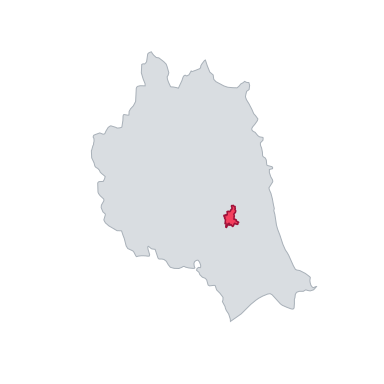 Kletsk, Minsk, Belarus (highlighted), rotated 249°
{"feature_id": "67162791B94687657655016", "entity_name": "Kletsk", "entity_type": "district", "adm_level": 2, "iso_a3": "BLR", "parent_name": "Belarus", "parent_adm1": "Minsk", "projection": "equal_earth", "projection_center": [26.695, 52.952], "detail": "fine", "context": "in_parent", "style": "filled", "palette": "rose", "viewbox_px": 384, "rotation_deg": 249, "n_neighbors": 0, "source": "geoboundaries", "source_scale": "gbopen_adm2", "svg_char_len": 6822}
<svg xmlns="http://www.w3.org/2000/svg" viewBox="0 0 384 384"><g transform="rotate(249 192 192)"><path d="M310.4,251.8L304.6,251.5L297.6,251.6L293.7,253.7L289.4,252.7L286.4,253.9L279.6,259.8L277.0,262.9L274.6,267.8L273.1,271.4L274.0,273.9L275.4,276.3L275.7,278.8L276.4,280.8L274.7,282.3L273.8,284.3L270.8,284.0L267.2,282.0L266.4,279.1L263.6,277.1L261.7,276.0L258.7,275.9L253.9,276.8L247.7,277.5L243.0,277.7L240.4,278.7L236.6,279.7L235.1,278.5L232.9,275.3L231.1,272.0L229.9,270.6L228.9,270.2L227.6,270.3L226.2,271.3L225.1,272.3L221.1,273.6L219.4,274.7L217.5,277.8L216.3,277.5L214.9,276.8L213.4,273.5L211.3,272.7L208.0,272.7L203.9,272.0L200.5,270.9L199.3,271.2L197.4,272.6L195.2,272.8L190.5,271.5L189.6,272.1L186.9,275.8L185.6,276.0L184.9,275.5L185.3,272.3L182.5,271.2L177.9,271.0L174.7,271.5L173.1,271.3L172.3,270.7L168.3,265.3L166.2,265.0L162.5,265.2L157.0,264.6L150.6,263.4L147.1,262.9L145.3,261.7L141.4,261.3L130.8,259.0L126.5,258.6L120.2,258.6L110.6,258.1L104.4,258.4L101.5,259.1L98.2,259.6L86.8,260.2L82.7,260.8L81.5,262.0L80.1,264.4L75.3,268.7L70.6,271.6L69.8,271.8L67.1,270.3L64.9,269.8L62.3,269.6L60.4,270.1L59.2,270.8L59.3,274.2L59.1,274.4L57.1,270.5L57.3,266.9L58.5,264.9L59.9,263.1L59.4,260.4L60.8,256.7L60.9,254.1L60.4,253.0L59.3,251.7L56.4,250.2L55.1,249.1L51.1,247.6L47.1,245.7L46.5,244.6L46.7,243.8L47.4,242.6L50.5,239.1L53.9,235.7L56.0,234.4L67.3,230.0L69.1,228.5L69.6,226.0L69.5,220.8L68.9,216.1L68.1,212.9L66.1,206.8L60.6,194.3L57.4,181.5L59.6,182.2L64.9,182.5L69.1,181.6L71.3,181.5L73.2,181.8L78.8,181.1L80.1,182.2L82.6,183.2L87.5,181.8L91.8,179.9L96.3,180.1L96.9,179.3L98.1,174.7L99.4,173.7L104.7,174.2L106.7,173.4L108.8,171.1L112.0,169.7L114.6,169.7L117.3,168.2L118.7,169.2L119.3,171.1L118.4,172.6L118.8,173.2L120.7,173.9L123.9,173.9L126.0,173.3L126.5,172.4L126.5,170.9L126.0,169.4L124.6,168.2L122.0,167.5L120.2,167.5L119.9,166.7L120.6,165.0L122.2,161.9L124.1,159.1L125.4,158.0L125.6,157.0L125.3,155.3L125.3,152.3L127.1,148.0L129.5,144.8L132.6,143.8L136.5,143.2L139.0,141.7L140.2,139.9L141.2,137.2L142.5,136.6L151.7,137.0L153.2,134.2L154.0,133.5L155.7,132.6L157.0,131.7L156.5,130.9L154.1,130.4L148.6,130.0L147.5,129.1L147.8,128.0L149.3,125.2L150.7,121.6L151.4,118.8L151.5,117.1L152.3,116.7L156.8,116.2L158.3,115.6L162.2,111.8L165.2,111.2L172.8,112.1L176.3,112.1L180.8,112.3L181.2,112.0L182.7,108.2L190.2,102.2L194.2,100.1L196.8,99.7L197.7,99.8L201.7,102.9L202.7,103.1L205.4,101.7L210.0,101.6L212.2,102.7L215.4,106.6L217.0,107.1L221.5,104.9L224.0,104.2L225.6,104.2L234.2,107.2L234.9,108.2L234.9,109.3L233.7,112.9L235.5,115.0L237.6,116.5L241.9,114.1L243.6,113.4L245.3,113.4L247.7,112.5L249.4,111.1L251.0,110.6L254.2,111.0L259.8,110.6L266.5,112.8L267.1,113.4L270.5,115.9L271.7,117.2L272.8,117.6L274.6,118.8L277.0,119.6L278.6,119.4L279.4,119.8L280.2,120.7L280.3,122.4L280.2,127.1L277.9,129.6L277.6,130.4L277.7,131.5L279.7,133.5L282.2,136.7L282.8,138.5L282.9,139.9L279.7,144.0L278.6,144.9L277.9,147.0L277.6,149.0L277.8,149.8L283.5,153.1L287.7,154.9L288.6,155.7L288.7,156.3L286.6,159.8L286.5,160.7L289.8,162.2L291.7,164.5L293.5,168.2L296.7,171.8L308.7,177.1L309.7,178.0L310.1,179.2L309.8,181.6L307.9,186.3L309.9,187.0L315.1,186.9L321.4,187.4L329.1,190.8L329.2,192.3L328.5,193.7L329.1,195.1L329.9,196.3L336.7,200.1L337.3,201.2L337.5,203.0L337.4,204.3L335.6,204.6L333.6,205.2L330.4,206.8L329.1,209.1L323.9,212.3L320.7,213.7L318.0,213.7L311.7,213.1L309.5,211.5L308.5,210.1L306.1,209.5L302.9,209.4L298.4,209.7L297.6,210.1L296.9,211.9L295.1,214.8L293.8,216.5L299.6,222.5L302.5,224.9L303.5,226.4L303.5,227.5L302.2,228.7L302.5,231.2L305.3,234.6L304.4,235.1L304.3,239.2L304.4,243.6L305.2,244.7L306.7,245.5L308.0,247.1L310.3,250.8L310.4,251.8Z" fill="#d9dde1" stroke="#a8b0b8" stroke-width="1"/><path d="M164.7,225.7L164.7,225.4L164.8,225.1L164.9,224.8L165.0,224.6L165.1,224.2L164.9,223.9L164.4,223.7L164.1,223.7L163.8,223.7L163.5,223.7L163.4,223.8L163.2,223.8L163.0,223.7L162.7,223.5L162.2,223.5L162.0,223.4L161.9,223.3L161.8,223.2L161.8,222.8L161.8,222.7L161.7,222.6L161.4,222.3L161.4,222.0L161.4,221.8L161.3,221.6L161.1,221.5L160.8,221.3L160.5,221.0L160.3,220.8L160.2,220.6L160.2,220.4L160.2,220.2L160.3,219.9L160.5,219.8L160.7,219.6L160.7,219.3L160.7,219.1L160.9,218.9L161.1,218.8L161.1,218.6L160.9,218.5L160.8,218.3L160.8,218.2L161.1,217.8L161.1,217.7L160.9,217.6L160.6,217.6L160.3,217.5L160.0,217.5L159.5,217.3L159.1,217.1L158.8,217.0L158.3,216.8L158.2,216.7L158.0,216.3L158.1,216.2L158.4,215.9L158.6,215.7L158.4,215.4L158.2,215.4L158.0,215.2L158.4,215.0L158.5,214.9L158.4,214.8L158.3,214.7L158.4,214.3L158.5,214.2L158.7,213.9L158.8,213.7L158.7,213.4L158.3,213.3L158.1,213.3L157.9,213.3L157.8,213.2L157.6,213.1L157.3,213.1L157.1,213.3L156.8,213.6L156.6,213.7L156.3,213.6L156.0,213.4L155.9,213.2L155.6,213.0L155.4,213.0L155.1,213.1L154.8,213.3L154.7,213.3L154.4,213.4L154.2,213.3L153.5,213.0L153.2,212.8L152.8,212.6L152.3,212.4L152.0,212.3L151.8,212.2L151.5,212.0L151.2,211.8L151.0,211.6L150.8,211.6L150.8,211.8L150.8,212.0L150.7,212.4L150.4,212.4L150.1,212.3L150.0,212.1L149.7,212.1L149.3,212.2L149.1,212.2L148.8,212.1L148.6,211.9L148.5,211.7L148.4,211.5L148.2,211.4L147.9,211.4L147.7,211.4L147.6,211.2L147.3,211.0L146.9,211.1L146.8,211.3L146.6,211.4L146.6,211.5L146.8,211.8L147.1,212.1L147.3,212.3L147.6,212.6L148.0,212.9L147.9,213.2L147.9,213.4L148.1,213.8L148.5,213.8L148.9,213.8L149.1,213.8L149.3,214.0L149.4,214.5L149.5,214.8L149.5,215.2L149.5,215.4L149.2,215.6L148.8,215.5L148.5,215.4L148.1,215.2L147.8,215.2L147.5,215.3L147.4,215.6L147.6,215.8L147.6,216.1L147.7,216.4L147.6,216.7L147.5,216.8L147.3,217.0L147.1,217.0L146.7,216.9L146.4,216.9L146.3,217.1L146.1,217.4L145.9,217.5L145.6,217.5L145.3,217.6L145.3,218.0L145.5,218.1L145.7,218.6L146.1,219.1L146.7,219.4L146.9,219.7L146.9,220.0L147.0,220.2L147.4,220.3L147.5,220.4L147.5,220.7L147.4,220.9L147.1,221.0L146.6,221.2L146.4,221.5L146.4,221.8L146.2,222.0L145.8,222.2L145.6,222.5L145.5,222.8L145.5,223.1L145.6,223.3L146.0,223.4L146.3,223.7L146.6,223.7L146.7,223.8L146.8,224.0L146.8,224.3L146.9,224.6L147.2,224.6L147.5,224.4L147.9,224.0L148.6,223.4L148.8,223.1L149.2,222.8L149.5,222.9L149.7,223.2L149.9,223.3L150.2,223.3L150.7,222.9L150.9,222.7L151.1,222.1L151.3,221.6L151.6,221.4L151.9,221.3L152.0,221.5L152.2,221.8L152.5,222.0L153.0,222.1L153.3,222.1L153.6,222.1L153.9,222.3L153.9,222.6L154.1,222.8L154.4,222.9L154.6,222.9L155.2,223.0L155.6,223.0L156.0,223.0L156.3,223.0L156.5,223.2L156.6,223.6L156.6,223.8L156.8,224.1L157.1,224.3L157.2,224.6L157.3,224.8L157.3,225.1L157.5,225.2L157.7,225.4L158.0,225.6L158.3,225.8L158.5,226.0L159.1,226.1L159.4,226.0L159.9,225.9L160.3,225.8L160.6,225.9L160.7,226.2L160.9,226.4L161.1,226.5L161.6,226.6L161.9,226.5L162.4,226.7L162.6,226.9L163.0,227.0L163.2,226.8L163.3,226.6L163.4,226.4L163.6,226.1L163.9,226.0L164.2,225.9L164.5,225.8L164.7,225.7L164.7,225.7Z" fill="#f43f5e" stroke="#9f1239" stroke-width="1.5"/></g></svg>